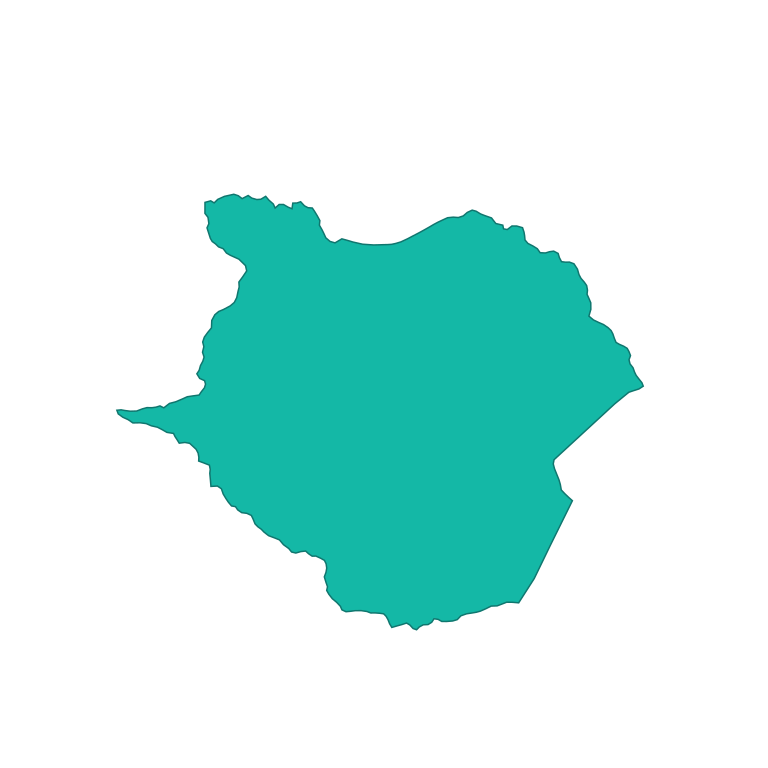 Silva Jardim, Rio de Janeiro, Brazil (Mercator projection), rotated 230°
{"feature_id": "56859067B6449938642044", "entity_name": "Silva Jardim", "entity_type": "district", "adm_level": 2, "iso_a3": "BRA", "parent_name": "Brazil", "parent_adm1": "Rio de Janeiro", "projection": "mercator", "projection_center": [-42.381, -22.568], "detail": "fine", "context": "isolated", "style": "filled", "palette": "teal", "viewbox_px": 768, "rotation_deg": 230, "n_neighbors": 0, "source": "geoboundaries", "source_scale": "gbopen_adm2", "svg_char_len": 3891}
<svg xmlns="http://www.w3.org/2000/svg" viewBox="0 0 768 768"><g transform="rotate(230 384 384)"><path d="M638.2,363.6L633.8,359.9L629.8,356.5L624.8,356.3L619.4,352.9L617.4,348.8L612.8,346.9L607.2,344.6L603.6,344.0L599.6,345.0L595.4,345.4L591.0,347.8L585.6,347.5L581.4,349.0L572.9,353.1L563.7,354.0L558.9,351.5L556.9,344.6L555.4,338.4L551.4,335.4L548.9,331.9L544.8,326.7L542.7,321.7L542.7,316.3L544.3,308.8L545.8,304.0L545.8,299.0L543.4,292.9L537.9,287.9L536.8,282.1L535.4,276.5L532.7,272.1L528.4,270.0L525.0,265.4L520.3,263.5L517.9,259.8L516.1,255.3L513.3,251.2L512.1,247.2L506.7,246.4L501.9,248.7L498.6,247.2L496.5,244.0L495.5,239.2L494.4,235.2L497.7,230.0L500.7,225.1L502.2,219.7L504.3,212.9L507.0,207.2L507.3,200.0L511.2,198.3L512.8,194.5L515.0,191.0L518.3,187.2L520.2,183.1L522.3,177.1L526.2,172.2L530.2,168.5L533.2,166.0L535.6,162.5L531.9,161.2L526.3,162.6L521.1,165.1L515.6,166.6L511.1,172.2L506.5,176.4L501.5,178.9L496.5,182.7L491.7,184.7L486.5,186.6L481.4,191.0L478.0,190.1L474.4,189.7L470.3,189.1L467.2,193.9L463.5,197.0L458.9,197.6L454.7,198.1L450.6,197.2L446.8,195.0L444.1,192.5L439.9,194.9L434.1,198.1L430.3,196.0L427.5,193.1L422.3,189.5L416.8,185.6L412.9,190.8L408.3,192.1L403.1,190.1L398.1,189.3L393.4,188.8L388.6,188.8L385.5,191.4L381.6,191.0L376.9,192.3L373.1,195.8L368.6,197.9L365.0,197.0L359.7,195.3L355.7,195.6L351.8,196.6L347.6,196.9L342.0,198.1L336.5,201.2L331.8,203.7L325.5,203.7L319.1,205.3L314.7,205.2L311.2,207.8L309.1,212.5L306.4,216.6L302.5,217.1L298.3,218.3L296.0,221.2L291.4,223.4L287.2,225.0L283.5,224.1L279.8,221.8L277.0,218.5L274.6,214.3L269.4,212.1L265.0,210.4L262.7,207.4L258.3,206.6L252.7,206.4L247.2,207.4L241.8,207.7L238.0,206.6L234.0,208.5L231.5,212.1L228.9,216.2L225.1,220.8L220.7,224.7L217.1,226.7L214.4,230.0L211.2,233.3L208.2,236.0L204.7,236.3L200.9,235.6L196.8,234.2L192.5,233.5L190.3,238.5L188.2,243.1L186.4,247.6L182.8,248.9L178.0,249.1L174.8,251.0L175.2,254.9L174.3,259.3L171.4,263.1L170.8,267.4L172.0,271.4L168.9,274.2L165.0,275.6L162.0,279.1L158.3,284.3L156.4,288.7L157.0,293.9L154.9,299.5L151.8,304.6L149.8,308.0L148.1,311.7L146.4,317.5L145.0,323.3L141.3,328.1L139.2,334.1L138.0,337.7L134.2,342.1L129.8,346.5L138.4,374.0L146.9,393.0L153.1,406.8L173.5,453.3L178.3,452.6L183.7,452.0L188.9,451.7L193.7,454.5L198.0,456.4L203.8,458.3L209.6,460.2L214.0,462.3L216.7,465.6L219.8,533.1L220.5,547.9L220.3,566.2L218.8,570.1L216.3,576.2L215.7,581.2L219.2,582.4L223.6,582.5L228.5,582.7L232.1,583.6L236.3,585.2L241.3,585.4L245.1,587.3L247.3,591.1L251.4,592.5L255.0,593.2L258.9,591.9L263.1,589.8L266.7,588.5L270.9,589.8L275.2,591.5L278.8,592.3L282.9,591.9L288.4,590.4L293.2,588.0L298.5,585.6L304.3,584.6L308.2,590.4L313.3,594.6L317.9,596.0L322.2,597.2L325.1,600.2L329.1,602.5L333.2,602.9L338.3,602.8L342.5,603.7L347.6,606.0L354.0,606.8L358.2,604.4L360.5,601.5L363.6,598.6L368.1,599.6L372.1,601.3L376.7,599.4L378.9,595.9L380.6,591.9L384.2,588.0L389.1,588.4L394.0,586.8L399.2,584.6L403.7,584.6L407.3,587.1L410.4,588.9L414.7,590.6L419.6,587.3L422.8,583.6L423.1,577.7L426.0,575.3L429.3,577.1L435.1,572.8L442.1,573.1L448.5,569.3L452.2,567.3L457.2,565.6L460.5,563.3L461.9,558.1L461.8,552.8L463.7,548.0L467.3,544.3L470.5,539.6L471.8,534.9L473.3,529.2L474.3,524.4L475.1,519.6L476.1,514.2L477.2,508.6L478.7,501.9L480.1,495.4L482.0,488.3L484.1,483.4L486.1,479.6L488.6,476.2L491.1,473.1L494.0,469.4L497.2,465.4L504.8,457.5L512.8,451.4L515.9,449.4L519.0,447.3L522.3,445.0L523.6,437.2L527.9,434.3L533.4,433.4L538.1,434.7L541.7,435.6L547.2,436.6L550.4,439.9L555.8,441.0L561.0,441.8L564.9,442.2L567.9,439.1L571.6,437.6L577.2,437.3L578.6,433.7L581.2,430.4L577.4,426.2L580.9,424.3L586.1,422.4L588.9,419.1L588.8,413.7L593.0,414.9L599.0,414.0L603.8,414.0L604.7,408.4L607.1,405.1L611.4,402.2L615.7,401.1L617.2,394.5L621.9,393.4L625.9,390.9L627.9,387.0L630.3,382.4L632.3,375.3L631.9,370.3L635.7,369.0L638.2,363.6Z" fill="#14b8a6" stroke="#0f766e" stroke-width="1.5"/></g></svg>